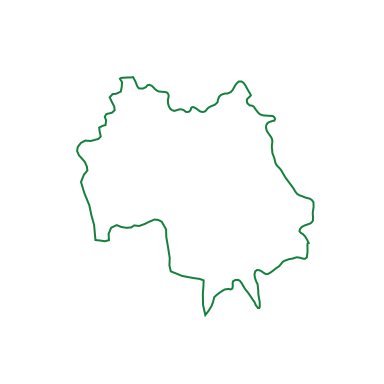 outline of Krasnapolle, Mogilev, Belarus, rotated 62°
{"feature_id": "67162791B52564132020414", "entity_name": "Krasnapolle", "entity_type": "district", "adm_level": 2, "iso_a3": "BLR", "parent_name": "Belarus", "parent_adm1": "Mogilev", "projection": "orthographic", "projection_center": [31.401, 53.272], "detail": "fine", "context": "isolated", "style": "outline", "palette": "green", "viewbox_px": 384, "rotation_deg": 62, "n_neighbors": 0, "source": "geoboundaries", "source_scale": "gbopen_adm2", "svg_char_len": 3637}
<svg xmlns="http://www.w3.org/2000/svg" viewBox="0 0 384 384"><g transform="rotate(62 192 192)"><path d="M189.1,299.8L192.2,295.2L194.4,292.4L195.6,288.0L189.7,285.2L185.6,280.2L185.9,274.0L189.7,270.8L192.8,266.8L194.7,262.4L194.4,258.7L197.2,254.6L198.1,248.3L198.1,244.6L198.7,238.0L200.9,234.9L204.0,232.7L212.8,232.4L219.6,235.8L229.3,239.0L239.9,242.7L246.2,246.4L252.1,248.0L258.0,243.0L261.5,240.1L265.5,235.1L269.2,230.4L272.3,226.1L275.5,223.2L279.8,225.7L287.3,230.4L297.0,235.3L306.9,238.0L304.6,232.9L302.1,228.7L299.2,225.2L295.3,221.7L294.4,218.2L293.7,213.5L293.4,209.0L294.6,205.5L296.2,203.5L296.2,201.7L293.8,199.9L291.6,199.0L290.1,197.6L290.0,195.0L291.3,192.5L292.7,191.5L296.1,190.9L298.5,190.9L303.1,190.6L306.5,189.9L310.3,189.4L314.7,189.0L318.8,188.5L321.8,188.8L324.2,188.4L325.3,188.3L326.0,187.1L325.0,185.9L323.6,185.3L321.3,184.0L318.5,183.1L313.1,181.3L310.8,180.1L307.5,178.7L304.2,177.4L301.0,177.3L297.2,176.7L294.1,175.5L291.8,173.5L291.4,171.3L292.6,169.4L294.0,168.2L297.1,166.6L299.2,165.3L300.0,163.7L300.0,160.6L299.6,158.0L299.2,155.5L298.7,152.9L298.6,150.5L297.7,147.9L296.5,145.4L296.1,143.4L296.5,140.3L297.0,137.3L298.1,134.3L298.7,130.4L300.4,127.9L301.8,126.4L303.6,124.5L304.0,123.4L303.7,121.4L302.7,120.6L300.7,119.3L299.7,118.4L297.7,117.4L295.9,116.4L293.0,115.0L291.7,114.0L291.8,112.9L291.3,112.9L287.8,112.8L284.2,113.0L281.5,113.8L279.5,114.9L278.1,115.4L277.0,115.5L275.5,114.1L274.4,111.5L274.4,108.3L274.8,105.8L275.3,102.3L274.9,100.2L274.1,98.9L273.9,98.5L272.3,97.7L270.5,96.7L269.2,96.2L266.8,95.0L264.8,93.5L262.9,92.1L261.8,91.4L258.1,89.6L255.5,89.9L253.1,91.2L251.6,92.9L249.7,94.9L246.7,97.3L245.4,98.7L242.8,100.2L239.2,100.7L236.7,100.7L233.8,101.1L229.7,101.7L223.3,102.7L218.7,102.9L214.1,103.1L211.8,103.6L210.3,104.1L207.9,104.7L206.0,104.7L203.6,104.2L201.6,103.6L199.3,103.2L198.2,103.1L195.5,102.8L192.5,101.5L190.9,100.9L188.5,99.7L186.3,98.1L184.6,97.1L182.8,96.5L180.5,96.4L178.9,96.6L176.0,97.0L173.2,97.3L169.9,96.4L168.0,95.2L167.0,93.8L166.5,92.1L166.6,90.3L167.1,87.4L167.7,85.8L166.4,84.3L164.4,84.2L162.8,85.1L161.8,86.6L161.1,87.9L158.9,91.3L158.0,92.9L156.3,94.7L154.5,95.9L152.2,96.5L149.2,97.0L145.6,97.4L144.0,98.4L142.6,100.4L139.6,101.5L136.6,100.5L135.8,99.5L134.9,96.3L134.4,94.7L132.8,94.5L130.1,94.7L126.2,94.8L123.0,94.8L119.9,95.2L117.6,96.5L116.4,98.9L117.1,101.5L118.0,103.5L119.2,105.5L121.0,108.1L122.0,110.8L121.7,114.3L120.5,116.8L120.1,118.8L119.9,121.1L120.7,123.4L122.9,125.9L124.8,127.4L125.7,130.9L125.3,134.3L125.2,137.6L125.8,139.6L126.9,142.2L126.8,143.8L126.1,145.5L124.5,147.1L122.0,148.3L120.0,149.2L117.7,150.9L117.2,152.0L117.5,153.4L118.9,154.6L119.7,156.6L119.3,158.5L118.3,159.8L115.6,161.0L113.7,163.0L113.1,164.4L112.5,167.6L112.1,169.6L110.2,171.3L108.2,172.2L106.2,172.2L104.7,172.1L103.0,171.7L101.3,171.0L99.5,170.1L98.2,169.1L97.0,168.0L95.9,167.3L93.8,167.0L92.4,167.5L91.5,168.2L90.4,169.8L89.7,171.0L88.8,172.4L87.6,174.1L86.7,175.0L84.0,176.3L81.7,176.9L79.3,177.7L77.4,179.3L76.8,181.2L77.8,183.4L77.6,186.9L75.5,190.3L72.9,190.7L67.8,190.1L64.5,190.1L62.9,190.1L62.3,192.0L60.7,195.0L59.3,198.1L58.0,200.9L58.2,202.5L62.3,202.2L66.3,204.8L69.9,207.7L69.7,212.7L68.3,216.1L69.7,220.2L74.4,220.5L79.9,220.5L83.5,221.9L84.4,225.5L83.0,231.0L84.6,233.7L88.4,234.2L92.3,236.9L91.6,240.1L91.6,243.7L94.8,245.0L100.2,246.5L101.2,249.7L99.4,257.5L96.5,262.1L96.5,267.1L98.6,271.7L101.8,274.2L105.3,274.5L106.4,274.6L115.0,272.5L120.3,272.9L123.9,274.3L126.0,279.3L131.0,285.3L142.0,287.5L155.5,288.9L165.5,291.8L175.1,293.9L183.6,297.5L189.1,299.8Z" fill="none" stroke="#15803d" stroke-width="2"/></g></svg>